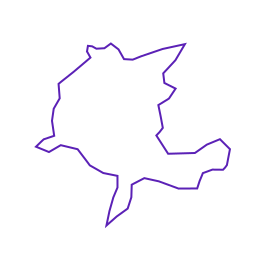 outline of Ağdam, rotated 346°
{"feature_id": "AZE-1691", "entity_name": "Ağdam", "entity_type": "District", "adm_level": 1, "iso_a3": "AZE", "parent_name": "Azerbaijan", "parent_adm1": "", "projection": "equal_earth", "projection_center": [47.008, 40.009], "detail": "fine", "context": "isolated", "style": "outline", "palette": "violet", "viewbox_px": 256, "rotation_deg": 346, "n_neighbors": 0, "source": "natural_earth", "source_scale": "10m", "svg_char_len": 1052}
<svg xmlns="http://www.w3.org/2000/svg" viewBox="0 0 256 256"><g transform="rotate(346 128 128)"><path d="M45.5,132.2L34.2,123.9L40.9,120.0L43.5,118.6L54.5,117.7L56.0,102.6L60.6,91.3L68.9,82.7L71.3,68.4L74.4,66.9L76.4,66.0L88.5,60.5L108.6,50.6L106.8,44.0L106.7,43.9L109.0,38.6L113.0,40.1L116.5,43.4L124.4,44.9L131.8,41.9L137.8,49.4L140.8,60.2L149.1,62.8L152.5,62.4L152.9,62.3L158.1,61.6L180.7,59.7L203.5,60.4L190.4,73.7L175.4,83.5L174.2,93.1L183.7,101.3L174.9,109.3L172.9,110.0L171.9,110.3L163.0,113.1L162.5,124.6L161.8,136.3L157.8,139.5L153.7,142.1L160.7,162.7L186.7,168.4L187.0,168.4L200.5,163.2L214.5,161.1L221.8,173.2L215.0,187.9L212.6,189.9L210.1,191.5L205.3,190.2L199.8,188.8L191.6,189.7L189.7,189.9L188.5,191.6L186.5,194.3L184.7,196.7L180.5,203.4L162.4,199.0L145.0,187.2L131.7,180.6L117.9,183.9L114.5,196.0L108.2,206.1L95.7,211.1L83.5,217.4L89.2,205.6L89.8,204.3L96.0,193.5L96.9,191.9L103.4,183.2L106.2,171.9L93.1,165.7L88.1,160.9L81.9,155.0L80.0,150.4L74.0,136.4L58.6,128.4L45.5,132.2Z" fill="none" stroke="#5b21b6" stroke-width="2"/></g></svg>